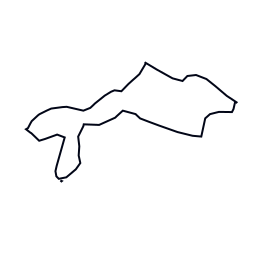 the district of Sayat, Chardzhou, Turkmenistan, rotated 15°
{"feature_id": "10190150B8136820559785", "entity_name": "Sayat", "entity_type": "district", "adm_level": 2, "iso_a3": "TKM", "parent_name": "Turkmenistan", "parent_adm1": "Chardzhou", "projection": "robinson", "projection_center": [65.56, 38.029], "detail": "fine", "context": "isolated", "style": "outline", "palette": "ink", "viewbox_px": 256, "rotation_deg": 15, "n_neighbors": 0, "source": "geoboundaries", "source_scale": "gbopen_adm2", "svg_char_len": 1103}
<svg xmlns="http://www.w3.org/2000/svg" viewBox="0 0 256 256"><g transform="rotate(15 128 128)"><path d="M117.0,85.4L112.1,94.2L105.2,95.1L102.2,97.4L97.1,102.8L89.7,112.9L88.4,115.1L86.4,118.3L80.4,122.8L63.3,123.4L59.2,124.8L48.8,129.1L44.9,132.3L38.9,137.6L37.8,139.0L33.2,146.3L32.5,149.0L31.4,154.0L29.8,155.6L35.0,157.8L35.9,158.0L37.0,158.6L45.5,163.3L50.8,160.0L60.7,153.1L61.2,152.7L69.3,153.5L68.9,182.9L69.1,188.5L71.3,193.2L74.3,195.0L81.2,191.6L88.3,181.4L91.0,174.2L88.5,169.3L87.5,167.4L85.7,158.3L82.1,149.2L84.4,137.8L84.3,135.9L84.8,135.8L99.3,132.5L113.0,121.3L113.8,119.9L118.1,113.2L118.5,112.6L131.8,112.6L132.2,112.9L137.2,115.6L146.7,116.6L157.4,117.6L176.8,119.1L192.4,118.8L201.0,117.3L200.1,98.7L201.7,96.3L203.6,93.4L209.5,90.1L211.7,88.9L224.3,85.7L225.0,82.4L224.7,74.6L215.1,71.4L201.4,64.9L191.1,60.4L180.0,59.2L171.9,62.4L168.5,68.5L158.2,68.5L140.7,64.1L127.1,60.2L128.5,60.9L125.1,73.0L121.8,78.1L120.3,80.3L117.0,85.4ZM77.8,196.4L76.4,196.2L77.5,196.8L77.8,196.4ZM224.7,74.6L226.1,75.3L226.2,75.1L224.7,74.6Z" fill="none" stroke="#020617" stroke-width="2"/></g></svg>